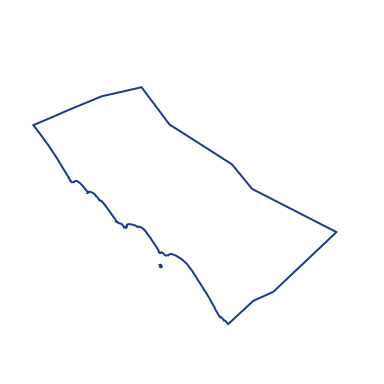 Santiago Astata, Oaxaca, Mexico, rotated 62°
{"feature_id": "50627088B52540056379408", "entity_name": "Santiago Astata", "entity_type": "district", "adm_level": 2, "iso_a3": "MEX", "parent_name": "Mexico", "parent_adm1": "Oaxaca", "projection": "mercator", "projection_center": [-95.599, 15.985], "detail": "fine", "context": "isolated", "style": "outline", "palette": "blue", "viewbox_px": 384, "rotation_deg": 62, "n_neighbors": 0, "source": "geoboundaries", "source_scale": "gbopen_adm2", "svg_char_len": 3272}
<svg xmlns="http://www.w3.org/2000/svg" viewBox="0 0 384 384"><g transform="rotate(62 192 192)"><path d="M58.5,300.7L66.4,299.3L83.9,296.8L98.7,295.4L111.4,294.7L115.7,294.4L118.4,294.3L120.5,294.0L121.1,294.0L121.7,294.0L121.9,294.3L122.2,294.1L122.8,294.1L123.7,294.0L124.3,293.8L124.7,294.1L125.2,294.3L125.9,293.7L126.8,293.7L127.1,293.5L127.6,292.3L127.8,291.3L127.3,290.2L127.9,289.1L128.9,288.0L131.6,286.7L135.3,285.6L140.7,284.6L142.7,284.1L143.5,284.2L143.8,284.7L144.0,284.2L143.9,283.6L143.4,283.1L143.9,281.8L146.0,280.1L148.4,278.9L150.1,278.6L150.6,278.8L151.6,278.2L152.9,277.9L154.4,277.6L154.8,277.8L155.6,277.4L156.0,277.6L156.7,276.7L157.6,276.1L160.4,275.4L166.4,274.4L177.5,273.0L180.7,272.5L180.8,272.5L182.0,272.5L182.4,273.0L182.7,272.7L182.5,272.4L183.0,272.1L183.3,272.4L183.5,272.3L183.5,271.9L184.5,271.4L184.9,271.5L185.0,271.2L185.4,271.0L186.5,269.7L187.0,269.2L187.5,269.1L188.3,269.0L188.5,268.9L188.8,268.8L189.3,268.7L190.5,268.4L190.8,268.4L191.2,268.6L191.2,268.4L191.2,267.9L191.5,267.6L192.0,267.6L192.3,267.5L192.7,267.4L192.7,267.1L192.7,266.8L192.2,266.5L192.0,266.1L192.0,265.8L191.9,265.8L191.8,265.6L191.6,265.6L191.5,265.9L190.9,265.2L190.7,265.3L190.3,264.7L190.4,263.5L190.8,263.0L191.1,262.3L191.4,261.6L192.7,260.2L193.5,259.1L194.1,258.7L195.2,257.6L196.3,257.0L196.6,257.0L196.8,256.8L197.3,256.2L197.2,255.9L197.7,255.4L197.9,255.5L198.0,255.2L197.9,254.9L198.6,254.3L199.6,253.3L201.9,252.2L202.1,252.3L203.2,252.0L203.5,251.7L204.4,251.6L204.6,251.4L205.6,251.4L206.9,251.2L211.2,250.6L213.2,250.1L213.8,250.3L216.7,250.0L219.8,249.7L220.5,249.5L221.9,249.5L223.3,249.3L225.8,249.0L226.7,249.2L227.6,248.9L228.4,249.2L229.0,249.4L229.8,249.3L230.4,249.4L230.6,249.0L231.1,248.6L231.0,248.4L231.0,248.1L231.0,247.8L230.8,247.4L231.1,246.9L232.4,246.2L233.5,246.0L234.1,245.7L234.7,245.7L235.5,245.2L236.1,244.7L235.9,244.1L236.2,243.6L236.8,242.6L236.5,242.1L236.5,240.9L237.1,239.1L238.5,237.9L241.0,235.8L243.9,234.1L246.1,232.8L248.6,231.9L250.2,231.3L251.8,230.7L253.6,230.2L255.6,229.9L256.7,229.9L257.5,229.6L261.3,228.9L266.2,228.6L269.1,228.2L272.7,228.2L274.4,227.9L275.6,227.8L278.4,227.6L280.8,227.3L283.8,227.3L289.3,226.7L291.9,226.7L294.2,226.5L297.4,226.6L299.6,226.4L303.1,226.4L304.1,226.2L307.8,226.6L310.3,226.3L312.3,226.3L313.2,226.2L314.4,226.1L315.4,226.0L316.2,225.8L316.3,225.1L316.9,224.8L318.4,224.4L319.3,224.3L320.1,224.1L320.5,224.1L320.5,223.7L322.0,222.9L323.4,222.6L323.9,222.5L325.5,222.2L325.4,221.2L316.9,189.0L318.3,167.0L309.6,135.4L295.2,83.3L217.6,137.4L186.2,143.8L124.1,178.9L121.9,180.2L103.0,183.1L88.5,185.4L75.8,187.4L65.1,226.8L61.8,260.6L61.5,263.9L60.3,279.7L59.3,291.3L58.6,298.9L58.5,300.7ZM241.5,253.7L241.5,253.9L241.5,254.1L241.5,254.3L241.5,254.5L241.4,254.6L241.3,254.9L241.5,254.9L241.9,255.0L242.0,255.0L242.1,254.9L242.3,254.6L242.6,254.4L242.8,254.4L243.0,254.4L243.0,254.5L242.9,254.8L242.8,255.1L242.9,255.4L243.0,255.5L243.2,255.4L243.4,255.3L243.5,255.2L243.7,254.9L243.9,254.8L244.0,254.6L243.9,254.5L243.8,254.4L243.9,254.2L243.9,253.9L243.8,253.7L243.6,253.7L243.3,253.8L243.2,253.9L243.0,254.0L242.8,254.1L242.7,254.0L242.6,253.9L242.6,253.6L242.3,253.6L242.2,253.6L241.7,253.6L241.5,253.7Z" fill="none" stroke="#1e3a8a" stroke-width="2"/></g></svg>